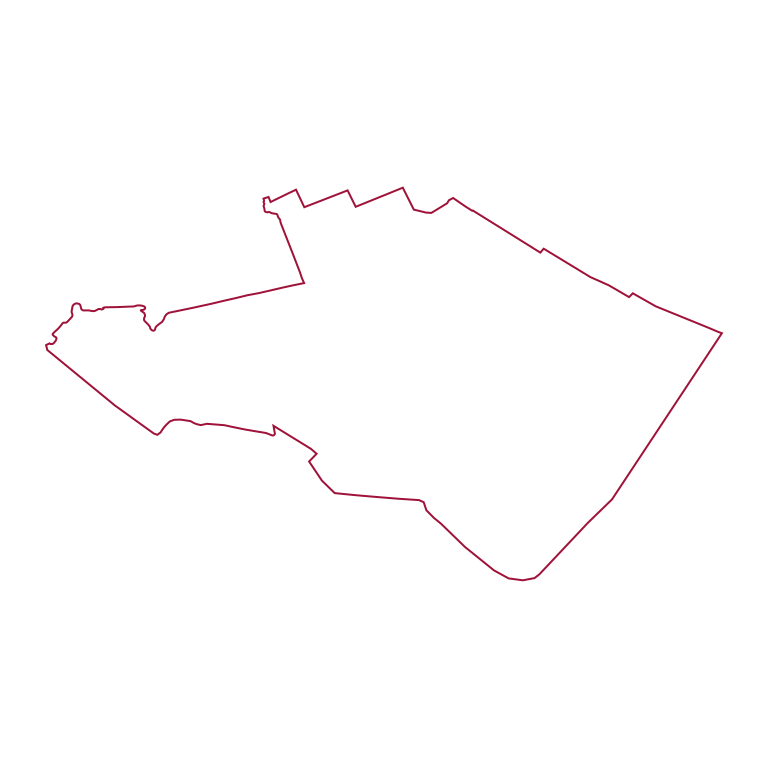 the district of Vrani, Caras-Severin, Romania
{"feature_id": "2599482B45618500974221", "entity_name": "Vrani", "entity_type": "district", "adm_level": 2, "iso_a3": "ROU", "parent_name": "Romania", "parent_adm1": "Caras-Severin", "projection": "equal_earth", "projection_center": [21.437, 45.023], "detail": "fine", "context": "isolated", "style": "outline", "palette": "rose", "viewbox_px": 768, "rotation_deg": 0, "n_neighbors": 0, "source": "geoboundaries", "source_scale": "gbopen_adm2", "svg_char_len": 3066}
<svg xmlns="http://www.w3.org/2000/svg" viewBox="0 0 768 768"><path d="M721.9,333.2L718.7,332.1L708.8,327.9L655.7,306.3L632.8,293.3L629.1,297.1L608.8,285.3L590.4,277.1L543.7,248.7L540.3,252.6L472.8,210.5L472.2,210.8L465.3,206.4L453.1,198.0L449.0,200.2L447.1,203.3L431.4,212.9L426.1,212.6L413.8,209.6L402.8,187.7L384.6,195.1L355.7,206.8L347.6,190.4L304.3,207.2L296.0,189.7L288.0,193.5L270.6,202.0L268.5,197.0L263.5,198.6L263.6,199.0L264.0,200.5L264.0,201.2L263.6,201.9L263.6,202.2L263.7,202.6L264.3,203.5L264.3,203.8L264.2,204.5L263.7,205.4L263.6,206.0L264.5,209.2L264.6,210.8L264.8,211.1L265.4,211.8L265.9,212.0L267.3,212.3L268.8,212.0L269.5,212.1L271.3,213.0L272.2,213.3L275.6,213.8L276.8,214.1L277.2,214.4L277.6,215.4L277.8,216.4L278.8,218.1L280.0,219.6L280.3,221.2L280.8,223.2L292.7,253.5L300.1,272.7L301.8,277.9L304.1,283.1L292.7,285.4L281.4,287.9L258.9,293.1L247.6,295.2L235.7,298.1L224.6,300.6L212.5,303.5L192.9,307.8L168.7,312.8L166.4,314.4L164.7,316.8L164.1,318.6L163.5,319.7L162.6,321.2L161.5,322.4L160.1,323.3L158.5,324.5L156.2,326.5L155.6,327.4L155.0,329.4L154.7,330.1L154.1,330.5L153.4,330.7L152.8,330.6L151.9,330.2L150.9,329.3L150.2,328.3L150.1,327.6L149.8,326.6L149.1,325.7L147.9,324.2L144.8,321.2L144.2,320.4L144.0,319.1L144.1,318.2L144.4,317.4L144.9,316.6L145.0,316.2L144.9,314.7L144.7,314.2L144.3,313.2L143.5,312.5L141.2,310.9L141.0,310.7L140.9,310.4L141.3,310.0L142.1,310.0L143.1,309.9L144.0,309.5L144.6,309.2L145.1,308.1L145.1,307.3L144.8,306.9L144.3,306.5L143.5,306.2L142.1,305.7L140.7,305.5L138.4,305.4L137.3,305.5L136.2,305.7L134.8,306.2L133.4,306.5L129.3,306.6L124.6,306.8L117.0,307.1L105.0,307.3L103.6,307.7L103.4,307.8L103.6,308.0L103.6,308.6L103.4,308.8L103.0,309.1L102.4,309.3L101.4,309.5L100.7,309.1L100.1,309.0L98.7,309.0L98.2,309.2L95.8,310.5L95.2,310.8L93.8,311.1L93.2,311.1L91.3,310.9L89.5,310.5L88.3,310.4L83.7,310.4L83.1,310.4L82.5,310.1L81.7,309.5L81.3,309.0L80.3,305.2L80.0,304.7L79.6,304.3L79.1,303.9L77.4,303.5L76.4,303.4L75.7,303.5L74.9,303.8L73.4,304.9L72.6,306.0L71.6,311.4L71.7,312.5L72.3,314.0L72.4,314.9L72.5,315.3L72.3,316.0L71.9,316.8L70.9,318.0L67.4,321.7L66.3,322.6L65.4,322.7L63.5,322.7L63.1,322.8L62.6,323.2L60.2,326.4L58.0,328.8L54.3,332.2L52.9,333.7L52.6,334.2L52.6,334.4L53.1,335.2L54.2,336.3L56.0,337.3L56.4,337.8L56.5,338.2L56.3,339.3L55.7,340.7L54.3,342.5L53.7,343.2L53.1,343.6L52.3,344.0L51.2,344.1L50.6,344.0L49.9,343.7L49.5,343.4L46.1,345.1L47.3,350.0L114.8,405.4L153.8,433.5L157.3,434.8L160.5,432.5L162.3,429.7L164.3,427.0L166.6,424.5L169.0,422.2L169.9,421.4L174.2,419.8L180.5,419.6L190.5,421.1L192.9,422.5L195.4,423.7L198.1,424.5L200.8,425.1L206.9,423.8L224.4,425.2L234.7,427.4L245.1,429.5L255.6,431.3L266.0,433.0L272.4,435.5L273.3,435.4L274.1,435.1L274.6,434.4L274.9,433.7L273.5,425.8L311.0,448.9L316.6,453.8L309.1,461.5L321.9,480.6L334.7,493.1L355.8,495.2L376.8,497.0L397.9,498.7L419.0,500.1L423.7,502.2L426.4,510.3L434.0,518.0L440.9,523.6L465.0,547.0L494.0,570.4L508.6,578.4L522.9,580.3L534.5,578.1L539.3,574.4L587.7,523.0L612.0,499.4L721.9,333.2Z" fill="none" stroke="#9f1239" stroke-width="2"/></svg>